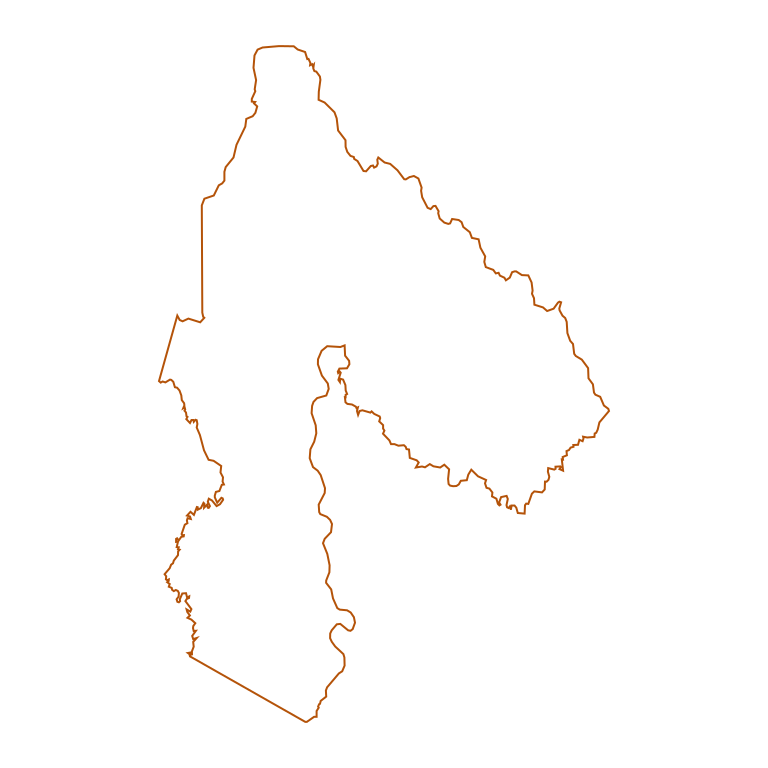 Nechí, Antioquia, Colombia
{"feature_id": "7082276B35655798439233", "entity_name": "Nechí", "entity_type": "district", "adm_level": 2, "iso_a3": "COL", "parent_name": "Colombia", "parent_adm1": "Antioquia", "projection": "equal_earth", "projection_center": [-74.812, 7.985], "detail": "fine", "context": "isolated", "style": "outline", "palette": "amber", "viewbox_px": 768, "rotation_deg": 0, "n_neighbors": 0, "source": "geoboundaries", "source_scale": "gbopen_adm2", "svg_char_len": 6101}
<svg xmlns="http://www.w3.org/2000/svg" viewBox="0 0 768 768"><path d="M547.1,311.0L543.0,307.4L534.4,304.7L534.0,298.2L532.0,293.8L532.6,290.6L531.6,282.5L528.3,275.4L521.9,275.1L516.2,271.4L514.5,271.4L512.1,272.2L509.8,277.6L505.9,280.3L504.4,277.7L499.9,275.6L498.6,272.8L495.8,273.4L493.3,269.9L485.8,267.1L484.3,261.9L485.2,256.4L480.4,247.7L478.6,239.3L471.9,237.9L469.8,232.2L463.3,227.0L461.6,222.2L458.7,220.0L452.1,219.0L450.1,223.4L448.3,223.9L444.3,222.6L439.7,218.5L438.2,213.2L438.6,211.2L435.5,205.9L433.4,206.1L430.7,209.1L427.6,207.8L422.2,197.3L421.1,190.8L421.6,187.6L418.4,178.5L413.9,176.0L409.5,177.1L405.8,179.4L404.2,179.2L397.5,170.3L390.2,163.9L384.6,162.5L378.3,157.5L377.3,159.7L377.8,163.7L376.5,166.4L374.1,167.6L373.0,165.5L370.8,166.0L366.1,171.3L363.5,171.0L357.5,161.0L354.2,158.9L353.8,157.0L350.5,155.9L347.3,151.9L345.6,146.9L345.5,140.2L338.1,130.5L336.7,118.4L334.5,112.3L324.6,102.5L318.6,99.8L318.8,91.7L320.4,79.8L319.9,76.5L316.3,71.6L314.4,71.1L313.3,68.5L313.8,64.6L312.7,65.9L312.1,64.2L310.1,65.2L310.4,63.0L308.5,58.9L307.3,59.1L305.1,52.0L297.7,49.5L293.8,46.3L279.1,46.1L262.6,47.5L257.6,49.6L254.5,55.4L253.5,67.8L256.1,80.1L254.7,89.3L255.3,91.2L251.8,98.9L251.8,101.6L255.1,102.0L254.0,103.4L257.2,106.4L255.4,112.8L252.7,116.2L246.3,118.9L245.3,126.6L236.5,144.8L233.5,157.5L225.7,167.1L224.4,171.8L224.4,180.6L222.2,183.4L218.8,185.3L213.8,195.5L204.4,198.7L201.8,205.4L202.3,312.6L203.2,316.8L204.3,317.8L200.2,322.3L188.4,318.6L182.6,321.3L179.7,320.0L177.3,315.6L159.0,381.1L160.7,382.6L162.6,381.5L165.4,382.4L170.0,379.6L171.3,379.9L173.3,381.8L174.9,387.2L177.1,387.7L179.5,390.5L181.3,395.4L181.8,400.1L184.1,403.2L184.4,405.3L183.2,408.3L184.7,407.5L185.2,409.5L184.5,410.7L186.0,412.5L186.5,416.2L187.5,416.9L186.3,419.1L190.0,423.0L191.5,420.0L193.4,420.0L193.8,421.8L195.5,419.8L196.7,420.2L197.4,424.0L196.7,427.5L199.9,435.0L204.0,450.3L208.6,459.8L213.6,460.8L221.2,466.0L220.5,472.5L223.0,477.3L222.6,481.6L223.9,484.5L221.8,484.8L219.4,491.0L215.9,491.9L214.8,495.6L214.8,497.3L217.2,502.7L221.4,497.8L222.7,498.4L223.1,499.8L220.0,504.2L216.6,506.1L212.0,500.5L208.8,498.7L207.8,501.8L209.9,506.1L208.7,507.9L207.8,507.7L207.0,504.7L204.1,507.7L204.4,503.7L203.5,502.8L200.9,508.1L197.9,509.6L197.7,507.2L196.9,507.0L193.9,514.9L190.5,511.8L187.0,515.6L190.0,516.5L190.8,519.0L187.6,518.2L186.9,520.4L187.4,523.2L184.8,524.7L181.6,534.0L182.3,535.2L183.9,535.1L183.7,536.4L181.3,536.8L178.7,540.5L177.1,538.3L176.1,538.9L176.1,541.9L178.0,541.6L176.7,547.1L178.7,547.3L178.0,549.3L179.6,549.7L178.1,551.5L178.0,555.1L173.8,560.6L173.0,563.3L171.1,564.7L169.7,568.2L164.6,574.2L166.2,576.3L165.9,579.3L167.1,580.2L168.8,579.4L168.7,580.9L167.2,582.2L169.7,584.0L168.8,586.7L171.7,587.9L172.1,589.8L173.8,591.1L175.8,590.0L177.8,590.9L178.9,592.9L178.6,596.6L176.6,599.3L177.4,601.8L178.9,602.3L180.1,601.2L179.8,599.3L182.3,593.5L186.0,593.2L187.1,597.5L189.2,596.4L189.0,598.0L186.8,598.9L185.4,601.1L191.4,609.1L190.3,611.6L186.6,609.4L187.3,612.0L189.9,615.5L187.5,617.8L191.4,619.6L195.3,623.2L193.3,626.0L193.0,628.1L193.7,631.0L195.9,630.8L192.2,635.9L193.2,639.1L196.7,638.0L193.2,641.9L193.7,646.7L191.9,651.4L192.0,654.4L191.3,654.6L190.6,652.5L187.9,653.0L189.4,654.1L190.0,656.4L305.3,721.9L306.8,721.9L314.1,716.8L316.6,716.8L316.6,711.0L318.7,707.7L318.1,706.6L319.1,704.2L320.0,703.8L320.7,700.9L326.2,696.6L325.9,690.5L327.1,687.3L338.9,673.4L342.2,671.3L344.6,665.6L344.4,657.5L343.4,654.1L335.2,646.5L331.8,641.8L330.1,638.2L330.2,633.5L331.7,630.3L336.8,624.3L340.3,623.9L348.1,630.3L350.5,630.8L352.7,629.1L355.0,622.7L353.9,617.2L350.7,612.5L347.1,610.3L339.7,609.6L337.3,608.1L333.0,598.4L331.2,589.4L326.1,582.8L326.2,580.5L329.4,572.3L329.6,565.3L327.3,553.9L323.0,543.2L324.7,538.8L331.0,532.2L332.0,524.0L330.1,519.9L326.9,516.8L320.3,514.1L319.2,512.1L318.7,504.6L324.7,493.0L325.0,488.2L320.7,475.1L317.7,470.7L313.0,467.1L309.7,458.2L310.4,449.3L314.2,441.7L316.3,433.3L315.7,425.3L311.6,413.2L312.1,405.9L313.5,401.9L317.1,398.1L326.3,395.5L328.7,388.9L327.8,383.5L321.9,375.6L317.9,364.3L318.0,359.3L321.6,350.8L327.2,346.2L340.4,347.0L344.6,345.4L345.1,355.7L349.1,360.8L349.4,364.2L347.0,368.3L339.4,368.6L337.8,371.7L338.2,373.1L339.8,371.6L340.7,372.7L338.4,379.9L339.9,382.1L340.2,378.7L343.1,379.6L345.4,385.1L345.7,390.5L347.1,394.0L345.6,394.9L345.6,397.3L344.9,397.2L345.5,402.3L347.4,403.9L352.0,404.5L355.9,406.7L356.5,408.1L357.9,407.4L357.0,411.0L358.1,414.9L359.6,411.0L362.4,410.3L370.4,412.6L371.6,411.4L374.2,413.9L379.7,416.5L380.2,418.1L379.2,421.4L383.1,425.1L383.1,428.6L384.4,430.6L383.0,433.7L389.4,440.4L391.0,444.1L394.4,444.1L398.4,445.7L403.9,445.2L405.7,446.8L406.5,449.1L409.0,449.5L409.8,457.9L416.7,460.3L418.7,462.5L415.9,467.5L422.0,466.5L425.0,467.3L429.8,464.1L433.4,466.3L440.2,467.5L444.3,464.7L449.1,469.3L448.1,478.9L448.6,484.0L450.1,485.6L453.1,486.2L456.4,486.0L458.8,484.4L460.8,480.8L466.8,480.2L468.3,474.6L471.3,469.7L478.0,476.3L486.1,480.0L485.0,483.3L486.5,487.8L489.4,488.6L492.4,492.5L492.0,496.4L496.4,498.7L497.9,503.9L499.4,505.4L500.5,504.7L499.1,502.4L501.1,497.1L506.6,495.9L507.8,499.0L506.5,505.1L507.1,507.3L508.6,508.0L509.8,506.5L510.9,509.7L511.6,505.5L514.5,505.5L516.3,507.7L517.8,513.0L524.6,513.6L525.0,505.2L526.2,503.6L528.3,503.9L531.9,493.7L534.3,491.4L542.0,492.4L544.7,489.5L545.0,481.6L546.6,481.7L548.5,479.8L549.3,476.8L547.9,471.7L548.2,468.1L554.3,469.6L555.6,468.8L555.5,466.7L560.3,466.4L560.9,467.2L559.5,469.1L563.1,470.7L561.8,459.4L563.0,459.6L562.7,457.0L566.9,455.3L566.5,451.1L569.0,450.0L570.6,447.6L573.5,446.8L573.3,445.0L578.0,444.8L579.4,439.8L582.6,441.2L583.5,438.5L583.1,436.7L587.2,437.5L594.4,436.9L594.7,433.5L596.2,432.8L597.7,429.6L599.4,422.4L609.0,411.0L608.3,408.8L603.9,405.5L600.2,396.8L595.4,394.7L594.0,392.6L592.9,384.3L588.5,378.3L588.1,368.1L581.8,359.6L575.8,356.0L574.2,353.8L573.0,344.0L570.2,340.8L567.4,333.1L566.7,321.9L565.2,318.0L562.5,315.7L559.6,310.4L559.3,308.5L561.1,302.3L559.4,301.7L558.0,302.6L553.6,308.7L547.1,311.0Z" fill="none" stroke="#b45309" stroke-width="2"/></svg>